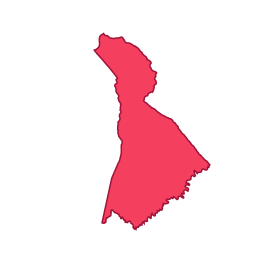 Mansidão, Bahia, Brazil (Natural Earth projection), rotated 337°
{"feature_id": "56859067B73862657057037", "entity_name": "Mansidão", "entity_type": "district", "adm_level": 2, "iso_a3": "BRA", "parent_name": "Brazil", "parent_adm1": "Bahia", "projection": "natural_earth1", "projection_center": [-44.116, -11.041], "detail": "fine", "context": "isolated", "style": "filled", "palette": "rose", "viewbox_px": 256, "rotation_deg": 337, "n_neighbors": 0, "source": "geoboundaries", "source_scale": "gbopen_adm2", "svg_char_len": 5962}
<svg xmlns="http://www.w3.org/2000/svg" viewBox="0 0 256 256"><g transform="rotate(337 128 128)"><path d="M127.4,43.1L127.8,45.2L128.2,46.0L128.5,47.6L129.3,49.6L130.4,53.1L131.6,56.4L132.6,59.9L134.4,65.3L136.6,73.1L137.2,75.7L137.6,77.0L137.8,78.2L137.2,78.4L136.2,78.6L135.8,79.0L135.8,80.5L135.8,81.2L135.8,81.8L135.4,82.4L133.2,82.8L132.3,84.0L132.4,85.0L132.3,86.8L132.2,87.7L131.4,89.2L131.3,90.3L131.4,91.7L131.8,92.5L132.0,94.3L131.8,95.2L131.2,96.1L130.6,96.5L130.4,97.1L130.5,98.0L130.2,99.8L130.7,100.5L130.5,101.1L130.8,102.6L130.3,103.4L130.1,104.8L129.2,105.6L128.7,106.7L128.4,107.8L127.7,108.3L127.9,109.1L128.0,110.1L127.6,110.9L127.3,111.3L126.7,111.5L125.5,112.3L124.9,113.6L124.5,114.0L124.7,114.7L124.6,115.4L124.2,116.4L123.3,117.6L122.5,118.1L121.7,118.3L121.2,118.6L120.8,119.4L120.7,120.4L119.1,122.6L118.8,123.6L118.4,124.6L117.7,125.6L118.0,126.6L117.0,128.1L116.7,129.0L116.7,130.0L116.3,131.7L116.5,133.4L117.1,135.3L117.0,136.0L117.4,136.7L117.5,137.7L117.2,138.6L116.3,140.2L115.1,141.1L113.1,146.0L111.9,148.7L108.1,153.9L107.2,155.0L105.1,156.7L96.7,164.7L94.2,167.1L93.2,168.2L67.4,204.6L67.1,205.3L68.0,205.9L68.8,206.3L69.6,206.1L70.2,206.2L70.8,206.0L70.9,205.2L71.4,204.9L71.6,204.3L72.1,203.5L72.6,202.9L72.7,202.3L73.3,202.6L74.0,202.6L74.6,202.6L75.2,202.1L75.8,202.0L77.6,202.1L78.2,201.5L78.8,200.1L79.5,199.4L79.6,198.7L79.4,198.0L79.9,197.6L80.5,197.5L81.1,197.0L81.6,197.4L81.9,198.0L82.0,198.9L82.5,199.7L82.6,200.6L83.4,201.0L84.0,201.9L84.7,202.3L84.9,203.0L85.8,203.9L85.6,204.5L85.9,205.0L85.6,205.8L86.1,206.3L86.2,207.4L86.1,208.6L86.8,208.9L87.1,208.3L87.8,207.9L87.9,208.6L88.4,209.4L88.2,210.7L88.6,211.9L89.4,211.7L89.5,212.5L89.2,213.1L88.7,213.7L90.7,214.9L91.3,214.3L91.9,214.3L92.5,214.6L93.2,214.2L93.8,215.8L93.8,216.4L93.5,216.9L94.4,218.0L94.8,218.9L94.7,219.9L94.7,221.3L93.9,221.2L94.1,222.8L94.5,223.6L95.2,223.9L95.7,224.5L96.2,223.7L95.9,223.1L96.4,222.5L97.4,222.7L98.2,223.4L99.0,223.3L99.2,222.7L99.7,222.4L100.5,222.7L101.0,222.4L101.3,221.7L102.0,221.6L102.2,222.4L102.8,222.8L103.2,222.1L104.2,221.2L104.6,220.2L105.2,220.2L105.6,222.0L106.2,220.6L107.0,220.1L107.7,220.6L108.1,221.1L108.6,221.3L109.6,221.2L109.8,219.9L110.6,218.8L111.7,217.9L112.6,217.8L113.3,220.0L114.1,219.9L114.9,218.2L115.2,217.7L115.9,217.1L116.2,216.1L116.8,216.0L116.8,217.6L117.6,219.0L118.6,219.4L119.2,218.8L119.3,218.0L119.9,217.3L121.9,217.5L122.3,217.0L122.5,216.5L122.5,215.6L123.4,215.8L123.9,216.4L124.4,216.6L125.6,215.4L125.8,216.1L126.4,216.6L127.0,216.7L127.5,216.4L128.0,215.9L129.6,212.9L130.3,213.1L130.8,212.4L130.8,211.3L132.4,212.1L133.0,212.5L133.7,212.5L134.7,212.8L135.7,212.8L136.3,212.0L136.2,211.3L135.7,210.6L135.0,210.1L135.2,209.1L135.9,208.7L136.8,209.1L137.6,209.7L139.0,209.8L139.6,209.7L140.4,209.1L141.2,209.1L141.5,209.7L141.6,210.3L142.3,210.2L142.8,209.8L143.0,209.2L143.4,209.6L144.4,210.9L144.6,211.5L144.7,212.2L145.2,213.0L145.9,212.9L146.5,212.7L147.5,210.9L148.1,210.8L148.9,211.1L149.6,211.4L150.1,212.0L150.4,212.8L151.2,213.8L151.8,214.1L152.2,213.7L152.1,212.9L151.4,210.6L151.2,209.8L151.9,209.1L152.6,209.6L152.9,210.1L153.4,210.5L154.1,210.4L154.5,208.0L155.8,207.1L156.6,207.3L157.2,207.8L157.7,208.6L158.5,209.5L159.0,209.0L159.5,208.3L159.8,207.5L159.5,206.5L157.8,204.8L157.7,204.1L158.5,203.4L159.8,203.3L160.6,203.5L162.0,204.7L162.5,204.3L162.5,203.6L162.2,202.7L161.7,202.1L160.8,202.2L160.1,201.7L160.4,200.6L161.6,199.5L162.4,199.4L164.6,200.0L165.9,199.7L166.7,198.0L167.3,197.3L167.8,197.0L169.0,197.0L169.4,197.6L169.7,198.2L170.1,198.6L171.0,198.5L171.6,197.8L171.2,196.7L171.6,195.2L172.0,194.6L171.9,193.7L172.3,193.1L173.0,193.4L173.6,194.9L173.6,196.2L174.1,197.0L174.6,196.3L175.3,196.3L177.5,197.0L178.3,196.9L178.9,196.4L179.7,195.4L180.2,194.9L181.1,195.1L181.7,195.4L182.2,196.3L183.5,197.2L184.2,197.3L184.9,196.9L185.4,196.3L185.7,195.7L186.2,195.8L187.1,195.6L186.7,195.1L186.8,194.5L187.4,194.6L188.9,194.0L188.8,193.1L188.4,192.6L188.1,192.0L188.1,190.9L187.8,189.8L186.0,186.9L185.5,184.9L184.9,183.9L184.6,183.0L184.6,182.2L183.3,179.9L183.0,179.1L183.1,178.1L182.4,176.4L182.1,173.9L181.5,172.9L181.6,172.0L181.4,171.0L180.7,169.2L180.0,168.3L179.8,166.3L179.6,165.5L178.9,163.6L178.5,162.9L177.9,159.7L177.2,157.5L176.8,156.0L176.1,154.9L175.7,154.0L175.4,152.8L175.3,151.6L174.9,150.6L174.7,149.6L174.2,147.9L174.5,146.8L174.6,146.0L173.6,144.0L173.5,142.3L173.2,141.5L172.2,140.5L172.0,139.6L172.1,138.5L171.3,136.8L170.8,136.2L169.6,135.4L169.2,134.6L167.1,132.6L166.5,131.5L165.3,130.3L163.9,128.6L163.3,127.4L161.5,124.6L160.6,122.9L160.4,122.0L160.0,121.1L158.3,119.1L157.7,118.8L157.5,117.9L157.0,117.2L156.8,116.4L155.8,115.1L155.4,113.6L154.7,112.3L153.0,109.7L153.1,109.0L154.2,108.0L154.8,106.6L156.5,105.6L158.7,105.9L159.4,105.0L160.2,104.4L161.0,104.1L162.5,104.0L163.2,103.9L163.9,104.2L164.3,104.6L165.4,104.0L166.2,103.0L167.4,101.7L167.9,101.0L168.4,99.3L169.2,98.9L170.7,98.6L171.4,97.9L171.8,97.2L171.9,96.4L172.1,95.6L171.7,93.6L172.0,92.6L172.6,92.1L173.5,91.7L173.9,90.9L174.3,89.7L174.7,89.1L175.9,88.5L175.7,87.6L174.4,86.2L173.5,85.4L172.9,84.7L172.7,84.0L172.4,82.1L172.5,81.5L172.4,80.6L172.2,79.9L172.5,78.9L173.2,78.2L174.5,77.4L174.8,76.9L174.8,76.2L174.6,75.4L173.7,73.9L173.1,73.1L172.5,72.7L172.3,72.1L172.7,71.4L172.5,70.4L172.4,69.4L171.1,67.5L170.9,66.7L170.2,65.0L170.4,64.1L170.0,63.2L169.5,62.7L169.3,62.1L168.9,59.8L168.5,58.7L167.7,57.1L167.0,56.4L166.7,55.5L165.4,54.6L164.6,53.0L163.0,50.9L162.1,50.1L160.8,49.6L159.8,48.8L159.2,48.1L158.9,47.2L158.9,45.3L158.6,44.7L158.4,43.9L158.5,43.3L158.4,42.6L157.9,42.1L157.3,41.7L156.2,41.5L154.4,41.6L153.0,40.7L150.9,40.4L149.2,39.7L146.9,38.3L146.3,37.5L145.5,35.6L145.0,35.0L144.1,34.4L143.4,34.0L142.9,33.6L142.6,32.6L142.5,31.5L139.3,32.0L138.0,32.7L137.4,33.2L136.7,34.3L136.0,35.7L134.6,39.7L134.2,40.5L133.6,41.3L133.1,41.7L132.2,42.3L129.7,43.2L128.4,43.2L127.4,43.1Z" fill="#f43f5e" stroke="#9f1239" stroke-width="1.5"/></g></svg>